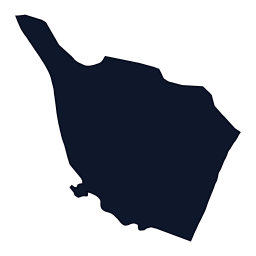 outline of Al Arsh, Al Bayda', Yemen, rotated 180°
{"feature_id": "15242507B56607006437737", "entity_name": "Al Arsh", "entity_type": "district", "adm_level": 2, "iso_a3": "YEM", "parent_name": "Yemen", "parent_adm1": "Al Bayda'", "projection": "orthographic", "projection_center": [44.788, 14.359], "detail": "fine", "context": "isolated", "style": "filled", "palette": "ink", "viewbox_px": 256, "rotation_deg": 180, "n_neighbors": 0, "source": "geoboundaries", "source_scale": "gbopen_adm2", "svg_char_len": 3785}
<svg xmlns="http://www.w3.org/2000/svg" viewBox="0 0 256 256"><g transform="rotate(180 128 128)"><path d="M97.4,186.6L101.0,187.8L101.4,188.1L116.6,192.3L150.6,199.2L151.7,197.4L152.7,195.6L153.9,194.1L155.4,192.8L157.4,191.9L159.4,191.3L161.3,190.6L163.8,190.0L166.3,189.6L168.3,189.5L170.4,189.7L170.8,189.8L172.7,190.5L174.5,191.4L176.3,192.2L178.0,193.0L179.8,194.1L181.6,195.6L183.0,197.3L184.5,198.8L184.7,199.1L197.5,210.6L210.6,233.3L214.4,235.5L230.8,240.6L232.7,240.3L234.7,240.1L236.7,239.9L238.8,239.7L239.8,239.7L239.1,238.0L238.4,236.1L237.7,234.3L236.9,232.5L236.0,230.5L235.1,228.5L234.1,226.6L233.1,224.9L232.0,223.2L230.7,221.3L229.2,219.4L228.1,217.8L227.0,216.0L225.8,214.2L224.4,212.3L223.3,210.6L221.9,208.5L220.4,206.2L219.3,204.7L218.2,203.1L217.0,201.4L216.8,201.0L215.6,199.3L214.4,197.3L213.4,195.7L212.1,193.8L210.9,191.8L209.7,189.7L208.5,187.5L207.3,185.2L206.2,182.9L205.3,180.8L204.7,178.8L204.1,176.6L203.5,174.1L203.0,172.0L202.4,169.8L201.8,167.2L201.5,165.0L201.3,162.4L200.9,159.9L200.6,157.8L200.3,155.4L200.2,154.8L200.0,153.2L199.6,150.4L199.3,147.8L199.0,145.3L198.8,143.3L198.4,141.2L198.1,139.1L197.7,137.0L197.6,136.7L197.4,135.7L197.3,134.9L196.9,132.4L196.4,130.4L196.0,128.7L195.9,128.5L195.5,126.2L195.1,124.7L195.0,124.2L194.5,122.4L194.1,120.3L194.0,119.9L193.7,119.0L193.5,118.0L192.8,115.9L192.2,114.2L191.8,113.0L191.5,112.2L190.9,110.5L187.8,98.5L185.7,91.8L173.8,77.4L173.9,77.1L173.9,76.9L173.0,75.4L173.0,72.2L175.7,71.7L176.0,71.7L177.9,70.9L177.9,70.7L178.0,70.4L178.1,70.2L178.4,69.5L178.6,69.0L178.7,68.8L178.7,68.3L178.8,68.2L178.9,68.3L179.2,68.2L179.3,68.1L179.5,68.1L180.0,68.1L180.3,68.2L180.6,68.2L181.0,67.8L181.7,68.3L184.2,70.2L185.6,68.6L181.7,63.8L180.8,61.0L177.7,59.0L175.1,59.8L174.8,60.0L174.5,60.1L174.3,60.2L173.2,60.4L172.5,60.5L171.8,60.5L170.2,60.4L169.6,60.3L169.1,60.4L168.8,60.6L168.8,61.3L168.7,61.7L168.7,61.8L168.8,62.2L168.8,62.3L168.8,62.5L168.9,62.9L168.9,63.0L169.0,63.6L169.1,64.0L169.2,64.4L169.3,64.5L168.2,64.3L167.2,64.0L165.9,63.8L164.1,63.0L162.4,62.2L160.6,61.4L159.6,60.8L159.1,60.5L158.9,60.4L158.5,60.0L157.4,59.1L156.0,57.5L155.1,56.0L154.9,55.7L154.8,53.7L154.9,51.6L154.7,49.5L154.3,48.7L153.9,47.7L152.5,46.3L150.9,45.3L150.0,45.0L148.8,44.6L146.8,44.1L145.3,43.6L144.9,43.4L143.4,42.4L141.7,41.2L140.0,39.5L138.6,38.2L138.4,38.0L137.2,36.6L136.0,35.1L134.7,33.5L133.2,32.2L131.4,31.1L129.9,31.2L129.5,31.2L127.5,31.7L125.4,32.7L123.7,33.1L121.4,33.3L117.8,31.9L117.3,30.2L117.3,28.8L117.0,26.8L115.9,26.1L112.4,26.4L111.8,26.6L109.4,28.3L106.5,29.0L105.2,29.5L99.3,28.0L65.5,15.4L64.7,17.3L63.8,19.3L63.2,20.9L62.5,22.6L61.7,24.3L60.9,25.9L60.9,26.0L60.0,27.8L59.2,29.7L58.4,31.5L58.2,32.0L57.7,33.1L57.4,33.5L56.3,35.6L55.2,37.8L54.4,39.6L53.5,41.4L52.3,43.8L51.5,45.6L50.8,47.3L50.0,49.6L49.4,51.4L49.2,52.1L48.7,53.3L48.1,55.1L47.4,56.7L47.0,57.8L46.5,58.9L45.8,60.7L45.1,62.6L44.3,64.3L44.0,65.1L43.7,66.0L42.8,68.1L42.2,69.9L41.4,72.3L40.3,74.3L39.5,76.3L39.0,78.1L38.6,79.8L38.3,81.9L38.2,82.1L38.0,82.8L37.8,83.6L36.8,85.2L35.8,87.1L35.4,88.0L35.0,89.0L34.2,90.9L33.5,92.6L32.9,94.2L32.0,96.1L31.0,97.9L30.2,99.6L29.6,101.2L29.0,102.7L28.5,104.2L27.6,105.9L26.3,107.5L25.5,108.9L24.6,110.4L23.5,112.1L22.6,113.7L21.3,115.2L20.4,116.6L19.5,118.0L18.7,119.4L18.0,120.9L17.1,122.3L16.2,123.6L17.3,124.4L21.5,127.2L22.8,128.7L28.0,134.3L28.5,134.9L32.7,139.5L32.9,139.5L39.7,147.1L41.0,148.6L42.0,149.6L42.2,150.3L42.3,150.7L42.5,151.5L45.0,160.8L47.5,163.3L49.1,164.9L51.3,167.0L53.4,169.0L73.9,170.2L77.0,171.0L78.8,171.5L80.8,172.0L83.1,172.6L83.5,172.8L84.1,172.9L87.0,173.6L87.7,173.8L90.0,175.2L90.5,175.6L91.4,176.2L92.6,176.9L93.4,178.3L94.2,180.0L95.4,182.8L96.2,184.2L96.9,185.6L97.2,186.1L97.4,186.6Z" fill="#0f172a" stroke="#020617" stroke-width="1.5"/></g></svg>